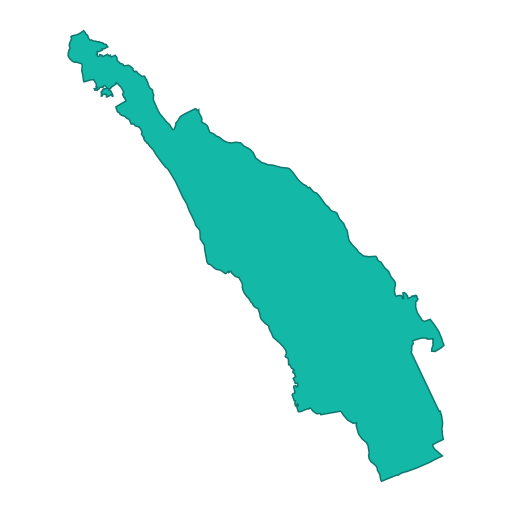 Colonesti, Bacau, Romania
{"feature_id": "2599482B76470777389020", "entity_name": "Colonesti", "entity_type": "district", "adm_level": 2, "iso_a3": "ROU", "parent_name": "Romania", "parent_adm1": "Bacau", "projection": "albers", "projection_center": [27.253, 46.606], "detail": "fine", "context": "isolated", "style": "filled", "palette": "teal", "viewbox_px": 512, "rotation_deg": 0, "n_neighbors": 0, "source": "geoboundaries", "source_scale": "gbopen_adm2", "svg_char_len": 5891}
<svg xmlns="http://www.w3.org/2000/svg" viewBox="0 0 512 512"><path d="M381.5,481.3L394.6,475.9L397.3,475.0L398.4,475.1L400.5,473.6L402.9,472.5L407.0,471.5L417.4,467.7L431.0,461.7L433.3,460.3L442.4,455.9L434.7,449.2L433.0,446.6L432.6,444.7L443.4,439.3L442.5,435.4L442.1,430.2L441.7,428.4L442.3,426.7L442.6,422.7L441.5,415.3L440.0,410.9L439.1,411.3L411.3,352.6L411.7,350.4L411.8,346.1L413.3,343.5L412.7,340.6L421.8,338.0L426.6,338.1L426.9,338.9L428.4,339.2L433.1,338.7L433.1,339.2L432.8,339.2L432.9,340.4L433.2,340.6L432.8,343.0L433.2,344.5L431.8,348.8L431.6,351.2L435.1,351.5L441.0,347.9L443.9,345.5L443.7,344.3L442.5,341.7L441.8,338.8L438.7,331.3L434.4,324.8L430.2,319.3L424.5,321.4L422.3,320.5L417.2,312.5L415.7,307.0L415.8,301.7L417.0,300.8L417.9,299.3L417.7,298.5L416.9,297.8L417.0,296.4L416.6,295.8L415.7,295.3L415.2,295.4L414.6,296.5L414.2,296.4L414.1,295.8L412.0,296.1L412.0,296.7L408.1,298.4L407.4,295.8L407.1,295.8L406.3,294.1L404.3,292.6L402.9,292.9L403.7,298.5L402.6,298.7L402.2,296.5L401.1,295.5L398.6,295.5L396.0,296.3L395.4,295.5L394.4,291.0L394.7,287.9L395.4,285.2L395.3,283.4L394.7,281.3L390.9,276.6L388.7,271.5L384.7,267.8L381.0,262.2L379.2,261.4L377.4,259.6L376.9,257.7L375.8,256.3L368.5,256.7L363.4,255.9L358.4,251.9L356.6,249.2L352.7,245.3L349.5,241.1L348.6,238.8L347.2,230.6L345.4,227.8L343.8,223.7L339.5,219.0L336.9,213.1L335.4,212.2L332.4,211.3L330.6,210.1L328.6,207.1L325.6,204.7L319.8,196.6L316.8,193.2L313.4,191.8L309.6,187.3L308.0,187.8L305.8,185.5L303.5,184.4L300.0,181.6L297.6,179.0L293.1,172.7L289.6,168.9L287.9,168.1L280.8,167.4L272.4,165.0L268.1,164.9L265.1,163.5L261.8,162.6L255.8,158.0L253.2,152.7L250.3,149.5L243.8,145.9L240.6,142.8L235.4,142.2L232.0,143.0L227.3,142.4L223.4,140.5L220.2,137.9L218.4,136.7L216.6,136.2L213.3,133.6L209.9,132.4L208.3,128.6L208.2,127.6L206.9,125.3L204.6,123.5L202.8,122.8L201.5,121.3L201.9,119.6L201.5,117.5L198.9,112.6L198.7,109.6L197.3,110.4L196.6,110.3L196.1,108.9L194.8,108.9L184.0,114.3L180.2,116.7L178.0,120.5L175.9,123.0L175.6,125.7L174.1,129.3L172.7,129.7L169.7,124.8L166.2,121.5L161.9,116.1L160.4,114.6L158.1,110.7L153.4,100.0L153.4,96.8L153.8,94.9L153.0,93.7L153.0,92.9L152.6,92.3L152.7,90.4L151.7,89.1L150.4,88.6L148.7,85.8L147.5,81.8L146.8,81.1L146.9,80.1L145.4,78.2L144.6,76.2L141.8,76.3L137.4,72.8L136.7,71.5L135.2,71.3L134.8,71.9L134.0,71.4L132.7,69.5L132.9,69.2L132.6,68.7L132.8,68.4L130.2,66.2L128.4,65.2L124.2,65.9L122.7,64.2L119.8,63.2L119.6,62.6L117.8,61.3L117.1,59.7L116.9,57.4L115.2,55.3L111.1,57.0L110.3,55.1L108.9,55.9L107.6,54.3L103.0,56.5L102.1,55.9L102.1,55.3L99.8,54.7L99.9,55.6L98.8,56.5L97.6,56.3L97.3,55.1L96.5,54.4L97.4,53.8L97.1,51.6L99.1,51.6L102.3,50.1L101.7,49.3L102.4,48.8L103.8,48.9L107.8,46.9L106.2,44.5L103.8,44.1L103.4,43.3L102.6,43.3L102.1,42.7L100.0,42.3L99.2,41.7L97.6,41.9L95.5,41.1L94.0,41.2L91.3,39.9L90.1,40.3L88.2,37.7L88.1,36.5L87.6,35.4L85.7,33.7L85.2,32.5L83.6,30.7L80.5,33.0L76.9,34.8L72.5,35.7L71.0,36.5L71.5,38.9L69.5,43.5L69.2,45.3L70.1,48.6L69.2,49.5L68.3,52.6L68.1,55.2L68.4,56.5L69.9,58.9L72.6,61.4L75.1,62.4L76.1,62.1L81.4,63.6L81.9,64.3L82.3,66.7L82.0,67.6L81.8,71.0L82.8,75.1L83.5,80.7L84.1,81.9L84.7,81.3L85.6,81.5L90.2,80.0L93.6,79.6L96.4,84.2L96.1,86.6L97.1,87.0L97.1,87.8L94.2,88.8L94.9,90.2L96.3,90.0L97.2,90.4L97.5,89.5L99.2,88.8L99.5,87.7L101.0,87.0L102.1,87.5L103.3,87.0L103.5,86.0L105.0,85.5L106.3,86.9L106.9,88.3L104.4,89.0L104.1,88.6L102.5,89.9L102.6,91.0L101.5,91.4L101.2,91.9L101.2,92.8L101.6,93.0L101.3,96.2L101.8,96.2L102.7,94.8L104.3,94.0L104.8,94.4L106.5,94.5L106.4,96.9L107.2,96.9L111.1,94.8L111.7,94.8L112.2,96.2L112.8,96.4L112.8,94.9L110.6,90.7L108.7,89.9L108.3,88.6L110.0,88.8L111.2,87.7L111.0,87.3L115.9,84.2L115.9,82.9L116.5,82.6L121.0,87.2L123.7,92.0L123.6,92.7L123.2,92.8L122.6,94.4L123.9,97.2L124.9,97.4L124.8,98.4L126.0,100.9L115.9,106.8L116.4,109.0L117.0,110.0L117.1,111.1L117.8,112.1L119.5,112.9L120.2,114.5L122.4,115.6L125.3,116.4L125.8,117.5L127.0,118.5L129.1,119.2L131.2,124.1L133.6,123.8L135.3,125.9L138.6,126.7L138.8,127.2L139.5,127.3L140.8,129.3L142.1,132.4L141.4,133.8L143.1,136.8L144.1,137.2L143.7,138.5L144.7,140.7L146.5,142.1L146.7,142.9L148.0,143.6L149.7,146.2L153.3,149.9L155.6,153.9L160.7,161.1L165.5,167.1L167.7,168.8L170.9,173.8L175.8,182.1L183.0,197.7L186.7,203.8L189.2,210.7L193.3,218.9L195.0,222.7L195.5,224.9L197.2,227.3L198.7,228.6L199.9,231.1L200.3,239.0L204.5,245.4L204.5,248.1L205.5,254.0L207.0,261.9L207.7,263.2L208.4,264.1L210.5,264.6L214.8,268.5L216.6,269.4L220.6,270.2L225.1,273.5L225.8,273.6L228.1,271.5L228.6,271.4L228.8,272.5L230.8,271.2L231.8,273.1L235.4,276.5L238.8,277.5L241.9,282.8L242.4,284.9L242.3,286.9L242.7,289.4L244.3,293.1L247.4,297.2L248.4,297.9L251.1,302.3L252.6,303.6L253.2,305.4L255.1,307.3L257.7,308.5L258.4,309.3L259.7,313.5L260.3,317.0L261.2,319.2L265.0,323.3L268.6,325.8L269.1,328.2L270.1,330.8L271.6,333.4L273.1,337.2L279.7,343.0L283.2,346.7L285.8,350.4L286.5,353.4L285.2,356.3L286.2,357.5L287.7,357.8L288.4,359.6L288.6,364.8L289.8,364.7L291.6,368.4L293.4,369.1L294.2,370.2L293.3,370.4L293.3,371.1L292.9,371.4L292.9,372.5L293.8,373.2L294.6,373.2L294.8,374.9L295.8,376.5L295.7,376.9L294.6,377.2L293.2,378.5L294.4,380.7L295.2,383.4L297.1,383.1L297.6,383.8L297.8,386.4L296.4,387.0L295.8,385.6L293.8,386.2L293.8,387.7L294.9,391.9L294.6,392.0L294.6,393.2L293.1,393.6L292.1,394.6L294.0,400.4L295.4,400.9L295.0,401.6L294.9,403.7L295.5,405.9L296.7,406.6L296.6,404.9L297.7,403.9L298.0,404.4L298.1,405.7L297.5,405.7L297.0,407.6L298.3,411.7L300.4,411.7L307.8,408.7L308.8,409.1L309.8,408.0L310.9,408.4L312.8,411.0L316.1,413.4L316.8,413.8L320.4,413.4L320.8,414.7L340.7,411.2L342.0,412.8L343.6,415.4L347.8,420.2L353.0,423.2L356.7,423.0L356.1,425.1L358.5,433.9L362.1,439.0L366.3,442.5L368.0,445.4L369.1,452.4L369.2,453.3L368.6,454.9L369.0,458.4L370.9,461.7L375.2,465.1L376.6,466.8L377.1,467.7L377.4,470.1L379.8,474.6L380.6,479.4L381.5,481.3Z" fill="#14b8a6" stroke="#0f766e" stroke-width="1.5"/></svg>